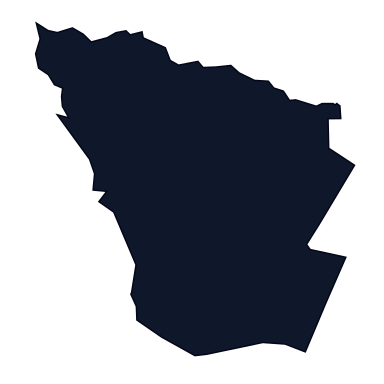 outline of Otsego, New York, United States of America, rotated 92°
{"feature_id": "52423323B75499738856279", "entity_name": "Otsego", "entity_type": "district", "adm_level": 2, "iso_a3": "USA", "parent_name": "United States of America", "parent_adm1": "New York", "projection": "equal_earth", "projection_center": [-75.145, 42.611], "detail": "fine", "context": "isolated", "style": "filled", "palette": "ink", "viewbox_px": 384, "rotation_deg": 92, "n_neighbors": 0, "source": "geoboundaries", "source_scale": "gbopen_adm2", "svg_char_len": 953}
<svg xmlns="http://www.w3.org/2000/svg" viewBox="0 0 384 384"><g transform="rotate(92 192 192)"><path d="M113.4,45.9L100.8,47.2L98.5,50.4L99.9,52.0L98.7,54.2L99.1,65.1L102.0,70.7L96.3,91.6L97.1,97.7L88.0,104.2L85.2,113.9L78.6,119.6L78.3,133.4L71.3,149.1L64.2,157.6L66.3,172.6L67.2,185.3L61.3,190.6L65.7,209.9L61.3,218.4L48.8,223.7L39.6,246.2L33.7,247.5L37.1,259.3L33.2,263.6L35.4,273.5L40.8,282.2L45.6,298.0L38.1,306.2L32.2,317.2L37.4,332.1L35.7,341.5L28.6,353.5L44.3,349.1L59.4,353.1L73.6,349.6L79.7,339.7L89.6,333.2L92.7,324.9L101.2,325.7L111.0,324.5L122.2,317.7L119.5,329.4L162.8,295.5L177.1,290.0L193.5,290.9L194.3,277.2L204.9,284.7L214.8,269.5L266.7,245.4L294.3,248.8L296.3,249.5L308.3,243.6L321.9,242.6L338.1,217.2L355.4,183.4L353.7,171.9L339.9,116.0L340.7,93.7L347.8,73.2L305.0,56.9L299.9,55.0L251.9,36.0L245.4,71.9L240.4,75.7L220.4,64.1L159.6,30.5L143.5,56.9L114.0,58.6L113.4,45.9Z" fill="#0f172a" stroke="#020617" stroke-width="1.5"/></g></svg>